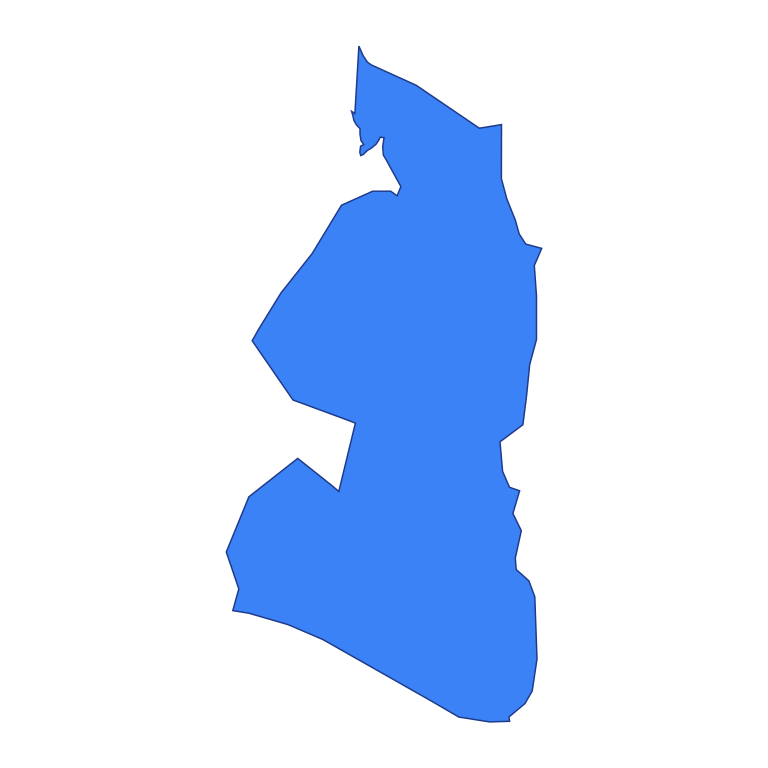 Kosti, White Nile, Sudan
{"feature_id": "16777658B3487648242534", "entity_name": "Kosti", "entity_type": "district", "adm_level": 2, "iso_a3": "SDN", "parent_name": "Sudan", "parent_adm1": "White Nile", "projection": "equal_earth", "projection_center": [32.672, 12.928], "detail": "fine", "context": "isolated", "style": "filled", "palette": "blue", "viewbox_px": 768, "rotation_deg": 0, "n_neighbors": 0, "source": "geoboundaries", "source_scale": "gbopen_adm2", "svg_char_len": 1159}
<svg xmlns="http://www.w3.org/2000/svg" viewBox="0 0 768 768"><path d="M501.5,124.6L479.3,128.2L416.2,85.3L371.0,64.8L367.4,62.1L363.2,55.8L358.9,46.1L354.9,113.5L351.6,111.4L353.0,116.1L353.9,120.5L356.5,125.0L360.0,128.6L360.0,134.1L361.0,140.7L363.8,144.5L360.6,146.2L359.8,152.1L360.7,155.5L363.3,154.5L365.4,152.4L367.5,150.4L371.4,148.1L376.0,144.3L378.6,140.4L380.2,137.2L384.0,137.6L382.7,146.9L383.4,155.2L386.3,160.0L390.2,167.2L400.9,186.6L397.1,195.8L390.7,191.2L372.7,191.2L341.5,205.2L312.2,253.5L281.0,292.9L258.3,329.8L252.2,340.8L293.0,400.0L351.3,421.5L355.4,423.1L338.8,491.5L332.9,486.4L297.7,458.4L248.9,496.8L226.3,552.0L238.8,588.9L232.8,610.6L248.7,613.2L288.0,624.6L322.8,639.5L431.8,701.3L458.9,717.1L489.6,721.9L509.6,721.3L508.9,717.0L525.0,703.5L532.2,691.0L537.0,659.0L534.8,596.8L528.9,580.9L516.2,569.5L515.3,558.0L521.3,530.7L512.9,513.5L519.6,490.8L509.5,487.3L502.6,471.4L500.0,441.8L522.9,424.7L526.5,396.3L529.7,364.5L536.5,339.4L536.5,296.1L534.3,265.5L541.7,248.4L525.8,244.1L519.2,234.0L515.3,220.0L506.7,198.6L501.4,178.6L501.4,169.6L501.4,163.7L501.5,124.6Z" fill="#3b82f6" stroke="#1e3a8a" stroke-width="1.5"/></svg>